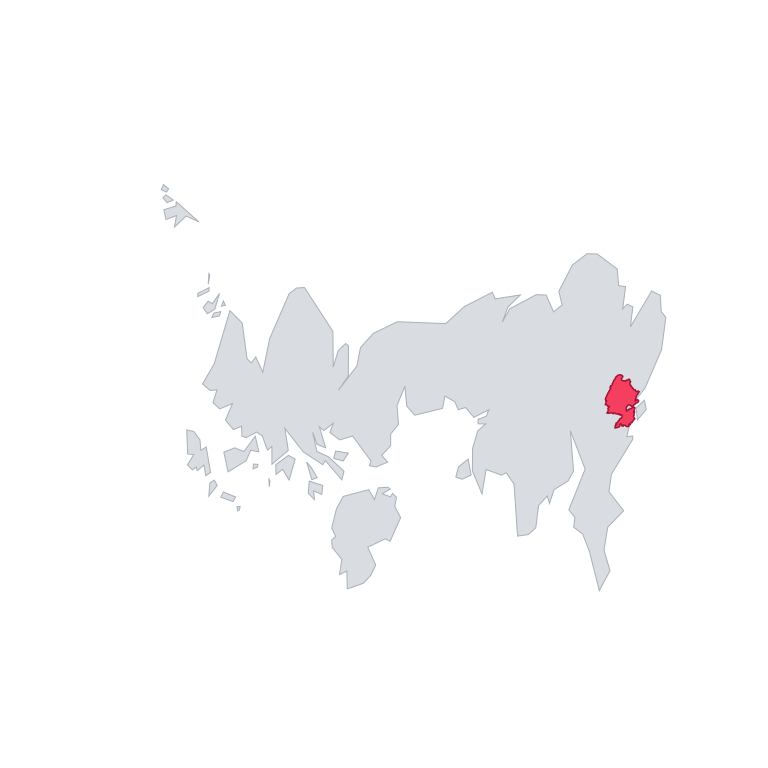 location of Hampshire within United Kingdom, rotated 293°
{"feature_id": "GBR-2035", "entity_name": "Hampshire", "entity_type": "Administrative County", "adm_level": 1, "iso_a3": "GBR", "parent_name": "United Kingdom", "parent_adm1": "", "projection": "natural_earth1", "projection_center": [-1.337, 51.048], "detail": "fine", "context": "in_parent", "style": "filled", "palette": "rose", "viewbox_px": 768, "rotation_deg": 293, "n_neighbors": 0, "source": "natural_earth", "source_scale": "10m", "svg_char_len": 5907}
<svg xmlns="http://www.w3.org/2000/svg" viewBox="0 0 768 768"><g transform="rotate(293 384 384)"><path d="M413.8,573.8L377.9,592.5L366.6,591.3L353.1,581.8L338.7,583.0L344.8,578.1L332.5,573.8L311.0,579.9L301.8,575.7L296.2,566.4L342.8,542.7L350.0,531.2L346.0,527.7L345.2,511.4L321.1,517.2L338.5,499.3L359.4,490.7L377.5,488.6L386.9,493.2L384.1,486.1L388.3,484.4L394.3,490.8L401.2,490.5L388.4,479.8L394.2,468.2L389.3,462.4L395.3,456.2L396.7,444.8L384.5,447.4L367.3,424.5L372.6,413.5L390.2,404.1L369.2,404.4L352.5,413.1L340.5,409.7L329.6,414.3L317.5,409.7L313.5,417.9L304.5,409.1L303.1,402.4L307.9,402.3L323.8,375.5L315.3,365.1L318.2,353.1L328.0,352.7L317.6,346.8L319.4,341.2L302.4,355.3L302.3,346.0L311.6,337.3L295.7,348.5L295.3,361.4L288.0,381.3L279.3,382.7L290.6,359.8L285.8,359.2L289.9,336.4L304.4,310.1L285.5,321.8L266.3,312.2L282.7,305.2L277.5,302.6L288.6,292.3L290.0,285.6L280.8,278.1L280.6,273.5L289.5,269.4L283.2,263.1L288.9,252.2L306.9,252.2L296.9,242.5L300.1,233.8L313.3,232.6L310.1,226.4L313.2,217.0L336.4,219.8L391.3,213.5L384.8,229.6L353.6,248.2L351.7,253.7L358.8,255.4L347.5,267.8L381.2,261.0L430.0,261.4L438.2,266.0L441.7,273.1L412.5,316.4L379.8,330.6L397.0,328.8L406.3,332.9L405.4,336.3L377.5,348.0L360.3,344.5L390.2,352.0L408.4,348.1L426.6,354.5L446.5,371.9L463.7,417.2L486.7,427.7L510.8,447.9L505.8,453.0L519.2,474.7L503.3,468.0L487.3,468.7L502.3,470.4L525.7,489.2L529.3,498.5L516.6,511.9L526.3,517.1L537.7,508.7L567.2,510.9L583.2,520.0L587.0,529.3L581.0,553.7L566.2,561.6L568.0,568.3L546.4,574.4L552.5,576.6L552.3,582.9L532.9,588.5L574.2,594.0L573.6,603.7L559.0,610.9L555.5,617.4L524.0,626.1L482.5,625.9L456.1,618.9L459.5,623.0L430.4,628.1L433.3,633.3L430.2,634.6L389.8,628.6L372.8,633.1L361.0,654.1L339.5,645.9L317.1,651.4L300.4,665.0L277.9,662.9L310.3,638.4L323.6,625.4L326.2,614.6L335.7,611.9L340.4,603.3L384.3,602.4L413.8,573.8ZM267.5,451.5L241.6,451.1L241.9,445.6L227.5,432.8L214.1,447.1L202.5,446.6L192.5,442.8L181.0,430.3L197.3,422.9L191.1,417.5L205.9,413.8L213.4,400.2L219.9,396.8L224.7,399.1L231.1,392.1L250.4,389.0L264.5,390.3L280.8,411.2L273.9,420.4L286.1,419.3L290.5,427.9L289.8,430.9L282.3,425.3L282.7,434.1L286.7,434.6L284.6,439.8L275.6,441.7L267.5,451.5ZM266.0,227.4L260.7,236.4L251.4,241.3L256.5,245.0L234.8,258.9L229.9,255.7L239.1,250.0L231.2,245.9L234.2,243.5L230.1,241.2L232.7,234.7L244.7,236.4L242.9,230.6L264.7,220.3L266.0,227.4ZM266.9,271.5L267.1,281.4L285.7,285.9L272.6,295.3L271.0,287.2L259.4,287.1L242.2,274.8L258.7,263.2L266.9,271.5ZM458.4,113.2L466.5,122.9L470.6,121.6L460.9,150.2L461.3,136.3L446.6,129.8L458.0,127.2L450.2,119.1L458.4,113.2ZM280.2,331.6L258.5,334.2L265.8,324.0L258.6,319.9L267.5,315.9L281.0,324.0L280.2,331.6ZM336.8,484.9L347.7,490.8L334.2,499.8L326.9,493.2L326.4,486.5L336.8,484.9ZM265.4,353.1L266.7,367.3L257.9,369.9L258.2,360.9L250.4,365.2L253.8,357.0L265.4,353.1ZM391.6,189.8L390.8,194.6L403.0,197.2L386.9,199.0L379.6,193.9L383.8,187.6L391.6,189.8ZM306.4,378.2L297.2,376.5L295.8,366.8L303.4,365.6L306.4,378.2ZM470.8,630.0L463.0,635.4L450.0,631.3L460.5,625.5L470.8,630.0ZM271.7,359.1L267.7,355.0L282.0,343.3L279.0,349.2L271.7,359.1ZM224.8,262.4L229.2,265.3L225.4,270.1L212.3,266.6L224.8,262.4ZM222.0,291.6L216.8,290.9L216.0,277.9L221.8,278.4L222.0,291.6ZM471.0,118.1L466.2,113.5L469.0,107.7L472.9,109.4L471.0,118.1ZM404.4,185.4L401.0,186.6L391.7,178.4L394.7,177.2L404.4,185.4ZM386.9,205.4L382.4,206.0L377.9,199.5L382.8,199.7L386.9,205.4ZM481.4,103.0L479.4,109.5L475.7,108.8L475.9,103.1L481.4,103.0ZM416.2,181.1L407.1,183.2L417.2,179.7L416.2,181.1ZM260.8,299.4L258.1,300.0L254.7,296.7L259.2,295.0L260.8,299.4ZM397.6,203.7L394.4,207.3L392.1,203.9L397.6,203.7ZM250.2,316.9L244.6,318.6L252.1,314.9L250.2,316.9ZM215.1,299.4L211.5,300.1L210.0,299.0L213.6,296.6L215.1,299.4Z" fill="#d9dde1" stroke="#a8b0b8" stroke-width="1"/><path d="M476.5,622.0L476.1,621.8L474.8,621.6L473.8,621.6L473.6,621.4L472.4,621.1L471.2,621.0L470.4,621.0L469.9,621.4L467.3,621.6L466.7,621.8L468.1,622.8L468.4,623.1L468.5,624.1L468.3,624.7L467.8,625.1L467.2,625.1L466.5,624.9L465.8,624.5L465.5,624.2L465.2,623.7L463.9,623.1L462.9,622.4L461.5,622.0L460.9,621.8L460.2,621.0L460.4,620.3L460.7,619.2L460.7,618.3L460.6,617.6L459.4,616.8L458.1,616.3L456.9,616.3L455.7,616.5L455.1,616.9L454.8,617.4L454.7,618.1L454.0,617.8L454.0,618.1L454.4,618.3L455.2,618.7L455.7,618.7L456.8,619.8L460.0,622.7L460.4,623.4L460.3,624.1L459.3,624.4L456.6,624.5L456.0,624.7L456.3,624.9L456.6,625.1L456.6,625.4L454.7,625.7L453.6,626.1L453.1,626.4L451.6,626.2L450.2,628.2L450.1,628.4L449.2,628.2L448.3,627.8L445.5,627.3L445.4,627.3L445.2,626.5L442.8,626.5L442.9,625.4L440.6,625.8L440.1,625.0L439.7,624.0L439.8,623.1L440.2,622.4L439.8,620.5L438.7,620.6L438.4,619.2L439.6,618.4L439.9,617.2L438.5,616.9L437.5,617.5L436.7,617.4L435.6,616.4L433.8,614.0L434.8,613.4L437.2,613.1L437.4,613.2L437.2,613.6L437.7,613.7L438.1,613.0L438.5,612.9L439.6,613.8L441.5,614.1L442.6,614.6L444.3,614.7L445.5,615.8L446.1,616.1L448.0,615.5L448.5,614.6L447.6,613.7L447.8,613.1L448.6,612.5L448.3,612.0L447.5,611.6L447.6,610.5L447.1,608.8L447.5,607.6L447.2,607.1L446.2,606.6L446.5,605.4L446.2,604.2L444.9,602.4L444.4,600.7L445.1,600.6L447.3,600.9L447.8,600.6L448.5,599.9L449.3,599.6L451.0,600.3L451.5,599.9L451.0,598.7L451.8,597.2L451.5,595.8L453.2,595.6L455.4,595.5L455.7,595.2L455.3,594.6L456.8,593.6L463.3,593.7L468.5,594.4L468.9,594.3L468.9,593.5L470.3,593.3L471.0,593.4L471.4,594.1L472.2,594.4L473.6,594.0L474.9,594.3L476.9,594.1L478.2,594.6L479.6,594.7L481.0,594.7L481.9,595.3L483.3,595.7L484.8,597.8L485.0,599.0L484.7,600.4L484.0,601.0L481.9,600.6L481.2,600.7L480.6,601.3L480.2,602.5L480.8,603.6L480.9,605.3L482.3,605.5L482.7,606.8L484.1,607.4L484.2,607.8L483.8,608.7L482.9,609.1L482.4,610.2L480.7,610.0L480.3,610.2L479.3,611.1L479.1,611.9L478.1,612.9L478.0,613.7L476.4,616.4L476.4,617.0L476.8,617.6L475.5,619.2L475.6,619.6L476.7,620.6L476.8,621.4L476.5,622.0Z" fill="#f43f5e" stroke="#9f1239" stroke-width="1.5"/></g></svg>